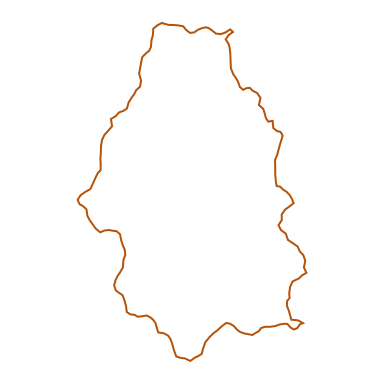 Carmo de Minas, Minas Gerais, Brazil
{"feature_id": "56859067B32891499548928", "entity_name": "Carmo de Minas", "entity_type": "district", "adm_level": 2, "iso_a3": "BRA", "parent_name": "Brazil", "parent_adm1": "Minas Gerais", "projection": "equal_earth", "projection_center": [-45.157, -22.089], "detail": "fine", "context": "isolated", "style": "outline", "palette": "amber", "viewbox_px": 384, "rotation_deg": 0, "n_neighbors": 0, "source": "geoboundaries", "source_scale": "gbopen_adm2", "svg_char_len": 2532}
<svg xmlns="http://www.w3.org/2000/svg" viewBox="0 0 384 384"><path d="M233.0,32.0L230.1,29.4L225.6,32.4L220.9,34.1L215.9,33.6L211.9,30.3L208.9,28.2L205.8,27.3L201.9,28.2L197.9,29.8L194.2,32.4L190.0,32.9L186.0,29.8L183.2,26.3L178.4,25.4L173.3,25.0L168.7,24.9L165.6,24.1L161.7,23.0L157.4,25.3L153.3,28.6L152.8,35.7L151.6,39.7L150.9,47.0L149.1,50.8L145.9,53.4L142.3,57.0L141.1,62.5L140.4,66.8L139.1,73.5L141.1,80.7L140.0,86.7L136.1,90.3L134.2,94.1L131.8,97.4L128.6,102.5L126.9,108.6L123.3,110.9L119.1,112.4L115.6,116.2L110.9,119.0L112.1,126.3L107.9,131.0L104.4,135.0L102.0,140.0L101.0,146.2L100.8,153.1L100.4,158.3L100.7,164.4L100.6,170.2L98.0,172.8L95.8,177.1L93.4,182.5L90.3,189.1L85.3,191.9L80.6,195.2L77.6,199.9L79.7,204.3L82.9,206.0L86.5,209.4L87.4,215.9L90.1,220.8L92.4,223.9L95.5,228.4L100.2,232.3L104.5,230.5L109.0,230.0L112.5,230.7L116.6,231.2L120.0,234.3L121.4,241.1L123.1,246.0L124.8,249.9L125.3,254.9L123.5,259.7L122.9,267.4L119.8,272.8L117.5,276.1L115.5,280.3L114.1,285.3L115.7,290.2L118.8,292.7L122.5,295.1L124.2,299.6L126.0,305.9L126.7,311.9L130.2,314.3L134.6,314.9L137.6,316.7L141.9,316.3L146.7,315.5L150.5,317.5L153.4,320.0L155.6,323.3L156.7,327.5L158.3,332.5L163.5,333.2L168.1,335.6L170.3,338.8L172.1,343.4L174.0,350.3L176.3,356.5L181.2,358.1L184.7,358.3L190.3,361.0L194.8,357.7L198.7,355.8L201.7,353.9L203.1,348.5L205.4,342.1L209.6,337.0L213.3,333.4L217.3,330.4L222.2,325.9L226.4,322.9L230.2,323.8L233.8,326.0L237.1,329.7L240.1,332.0L244.2,333.4L247.8,334.1L252.3,335.0L255.6,332.9L258.7,331.3L261.2,328.0L264.8,326.8L270.2,326.8L275.4,326.0L279.7,324.5L284.0,323.8L287.2,323.8L290.5,327.5L293.9,329.5L297.3,328.1L299.7,324.5L303.0,323.1L298.3,320.5L295.1,320.0L291.3,319.7L289.0,311.3L286.9,305.7L287.1,301.1L289.6,297.9L289.2,293.0L290.1,287.0L292.5,281.5L296.0,279.8L299.0,278.4L302.0,275.4L306.4,272.8L303.9,267.4L305.3,260.8L303.2,254.9L299.9,251.6L297.6,246.5L292.9,243.2L288.0,240.0L285.7,233.5L281.0,230.1L278.5,225.3L281.8,219.9L281.7,214.5L285.0,209.7L289.9,206.1L293.6,203.2L292.0,199.0L289.7,195.0L286.4,191.7L282.8,189.3L280.2,186.7L276.6,186.0L275.9,181.6L275.2,174.0L275.2,165.8L275.0,160.1L277.2,154.9L278.7,149.1L280.5,142.7L282.7,135.7L280.5,131.9L276.8,131.0L273.3,128.0L272.6,120.9L268.2,121.6L265.8,117.8L264.8,113.6L263.2,108.8L258.9,105.1L260.5,98.0L257.3,93.2L252.4,90.5L249.8,87.8L246.3,88.2L243.2,89.9L239.9,87.0L237.9,81.4L235.6,77.6L233.3,74.3L230.9,68.4L230.6,61.2L230.3,53.6L229.6,47.5L228.4,43.5L225.7,39.4L228.7,35.0L233.0,32.0Z" fill="none" stroke="#b45309" stroke-width="2"/></svg>